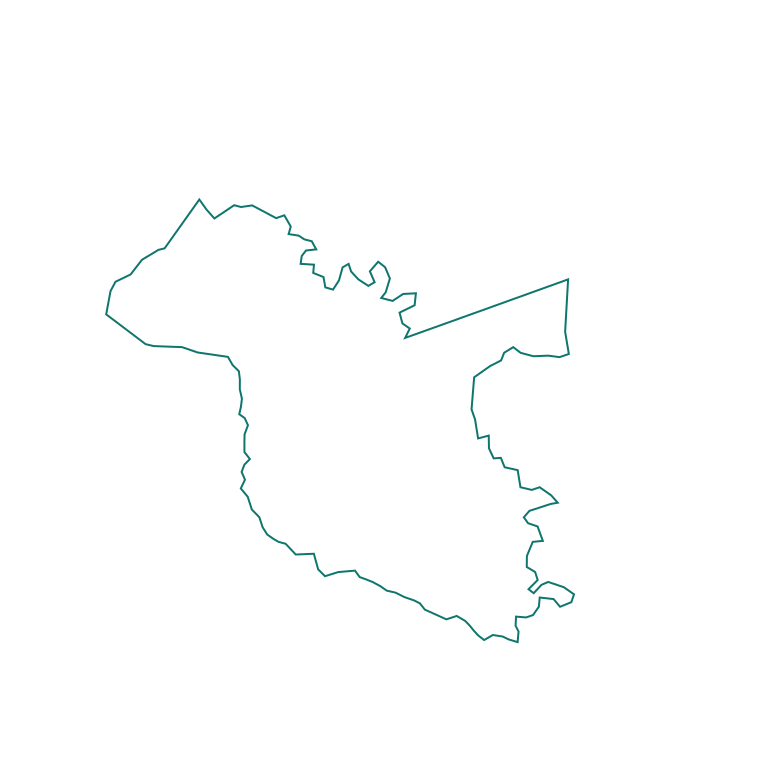 Planalto, Rio Grande do Sul, Brazil, rotated 215°
{"feature_id": "56859067B33524809898700", "entity_name": "Planalto", "entity_type": "district", "adm_level": 2, "iso_a3": "BRA", "parent_name": "Brazil", "parent_adm1": "Rio Grande do Sul", "projection": "mercator", "projection_center": [-53.094, -27.352], "detail": "fine", "context": "isolated", "style": "outline", "palette": "teal", "viewbox_px": 768, "rotation_deg": 215, "n_neighbors": 0, "source": "geoboundaries", "source_scale": "gbopen_adm2", "svg_char_len": 2110}
<svg xmlns="http://www.w3.org/2000/svg" viewBox="0 0 768 768"><g transform="rotate(215 384 384)"><path d="M221.1,222.6L197.9,227.0L191.4,235.7L181.6,236.5L175.8,235.4L169.1,233.5L162.9,232.1L155.1,231.7L150.9,240.8L142.0,245.2L135.3,246.3L126.5,249.2L131.8,258.4L137.6,261.5L142.4,269.2L133.7,274.3L129.4,280.2L129.4,290.4L134.0,298.4L121.7,305.1L112.0,302.5L105.4,312.7L107.7,320.7L120.1,320.7L136.0,316.0L139.8,309.8L141.4,298.5L147.9,298.8L145.7,311.6L152.4,316.7L162.1,316.0L168.3,325.1L171.6,340.0L163.9,346.6L176.5,355.4L186.1,352.6L193.0,355.0L192.1,363.5L178.7,381.3L173.6,386.4L183.2,388.7L197.3,388.7L202.2,382.0L213.0,377.7L225.1,390.1L237.4,385.0L245.9,390.5L251.5,386.0L261.1,391.5L268.6,401.8L275.7,393.4L289.2,407.3L297.7,413.4L314.0,441.2L307.4,459.5L301.6,470.5L303.5,478.5L299.3,488.3L290.0,487.9L277.6,492.4L265.6,501.5L255.6,506.7L249.8,514.6L265.6,530.7L293.2,575.3L357.7,483.9L393.1,433.9L394.7,444.2L403.7,444.2L412.2,451.4L404.1,466.1L409.9,476.6L420.0,468.7L424.6,457.0L435.6,452.9L435.2,460.1L439.7,473.8L450.1,480.3L458.9,480.8L460.2,468.2L450.1,462.0L453.1,455.4L465.1,455.0L475.5,457.3L481.9,462.1L484.8,455.8L480.3,443.0L479.9,432.1L487.5,429.5L494.9,436.9L505.7,434.4L509.8,441.6L521.2,434.6L524.8,441.6L524.5,448.6L516.7,455.4L525.1,459.5L532.2,456.8L539.0,456.6L548.1,452.1L550.7,459.5L562.4,465.0L567.5,458.0L594.4,454.7L602.6,447.0L609.3,444.5L617.9,422.3L629.5,425.1L641.1,429.2L641.5,369.3L645.7,364.5L653.5,347.0L654.4,328.4L662.6,313.7L661.3,303.2L651.5,281.7L602.2,279.9L594.5,282.9L570.5,298.4L554.8,302.9L527.4,316.7L518.9,312.7L510.2,311.2L504.7,305.1L499.1,297.0L491.9,290.4L488.1,283.2L485.2,276.2L478.6,276.2L471.8,272.2L469.3,262.7L464.7,255.9L459.3,248.2L450.8,245.6L452.1,237.9L450.2,230.3L443.0,225.9L441.4,216.3L431.0,213.5L420.3,205.4L409.6,203.3L401.2,197.0L393.3,193.7L385.9,193.7L379.8,194.2L373.0,196.7L358.5,193.7L344.1,204.7L331.6,194.4L322.1,192.7L313.6,203.7L300.7,214.5L293.2,211.9L286.1,213.8L279.6,215.3L270.9,216.3L263.3,216.3L254.9,219.7L244.9,221.2L235.2,224.0L228.7,224.9L221.1,222.6Z" fill="none" stroke="#0f766e" stroke-width="2"/></g></svg>